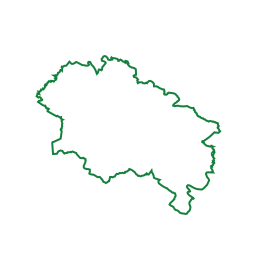 Guadalupe, Puebla, Mexico, rotated 297°
{"feature_id": "50627088B56399187703173", "entity_name": "Guadalupe", "entity_type": "district", "adm_level": 2, "iso_a3": "MEX", "parent_name": "Mexico", "parent_adm1": "Puebla", "projection": "natural_earth1", "projection_center": [-98.145, 18.05], "detail": "fine", "context": "isolated", "style": "outline", "palette": "green", "viewbox_px": 256, "rotation_deg": 297, "n_neighbors": 0, "source": "geoboundaries", "source_scale": "gbopen_adm2", "svg_char_len": 5814}
<svg xmlns="http://www.w3.org/2000/svg" viewBox="0 0 256 256"><g transform="rotate(297 128 128)"><path d="M172.5,206.5L173.1,205.6L172.7,204.7L172.8,204.2L172.6,203.9L172.9,203.3L172.5,202.5L172.5,201.0L172.1,200.8L171.6,198.0L170.3,196.8L170.5,195.7L170.1,194.5L170.6,192.6L170.2,191.4L170.7,190.6L170.4,190.2L170.2,187.9L170.7,187.1L170.3,186.1L170.6,185.5L170.3,184.9L170.7,184.1L172.1,182.7L172.0,182.3L172.7,181.2L172.7,180.4L174.1,179.3L174.0,178.7L174.5,178.6L175.0,177.7L175.6,177.2L174.7,175.9L174.3,172.9L174.5,170.9L172.5,167.8L171.0,164.4L170.5,162.2L168.7,159.8L168.4,158.1L168.8,157.9L171.0,158.4L173.1,159.7L174.6,160.0L175.3,160.7L176.9,160.6L178.0,159.1L178.3,157.9L178.8,157.5L179.6,155.2L179.8,153.9L179.6,152.9L178.0,148.3L177.3,148.1L177.1,147.6L176.7,147.7L175.4,147.4L174.9,146.6L174.4,145.3L174.9,144.6L175.6,144.7L176.5,144.0L177.0,144.0L177.1,143.7L178.2,143.1L178.7,142.4L178.1,141.5L177.9,137.3L178.2,136.5L178.2,135.8L177.9,134.2L176.9,132.2L179.3,130.9L180.1,128.8L180.1,126.6L179.6,125.6L179.1,125.2L177.3,124.7L176.9,124.2L176.7,124.3L176.7,123.9L176.3,123.9L176.0,123.1L175.4,122.8L174.7,120.9L175.1,120.1L174.1,117.7L173.6,117.1L172.4,116.5L172.8,115.8L173.6,115.7L174.6,114.6L175.7,115.0L176.7,112.6L176.2,110.1L177.2,109.3L178.4,110.1L179.1,111.0L183.9,108.3L184.0,107.4L184.2,107.1L184.0,105.1L183.5,103.6L183.7,102.5L183.6,101.7L184.1,99.9L184.7,99.4L184.7,98.9L185.8,97.2L186.6,97.4L186.6,98.0L187.1,97.4L186.7,95.3L184.9,95.7L185.2,94.5L184.9,92.9L185.4,92.0L185.5,90.1L183.9,89.6L183.4,88.8L184.6,87.9L184.6,87.0L184.1,84.3L183.2,82.4L183.4,81.2L182.9,81.2L182.3,81.6L182.1,82.9L181.8,83.0L180.2,80.6L180.0,79.1L181.1,78.0L181.8,75.8L181.6,74.7L180.5,73.6L178.8,73.5L177.7,73.1L176.1,74.2L176.5,76.4L176.4,78.0L175.7,78.6L174.7,78.5L170.7,77.5L168.2,78.3L167.6,78.2L167.3,78.0L167.5,77.3L166.9,75.5L163.4,76.1L162.1,75.7L165.2,72.3L167.1,69.1L167.8,66.8L169.6,64.4L169.2,63.1L168.5,62.7L167.6,63.1L166.6,64.5L165.7,64.2L164.9,63.3L163.3,58.5L163.4,53.1L163.3,52.0L163.0,51.6L161.9,51.2L160.2,49.9L159.6,48.7L159.8,47.6L160.5,45.7L155.8,44.8L155.2,44.3L154.5,43.0L153.2,42.4L152.8,41.2L152.3,41.2L152.2,41.9L149.1,43.2L149.4,42.2L149.0,41.5L147.0,41.7L146.1,41.4L145.5,40.6L143.5,41.0L142.7,40.6L142.3,39.6L141.7,39.3L141.1,38.2L141.0,39.1L140.5,39.9L140.7,41.3L139.7,41.5L139.1,40.9L138.9,41.9L138.6,42.0L136.6,40.9L135.8,40.9L135.6,40.5L135.8,40.1L135.3,38.4L134.9,37.7L134.6,36.9L134.7,38.5L134.1,38.4L133.7,36.2L132.6,36.2L131.7,36.0L131.7,35.7L129.7,35.8L129.5,34.7L128.4,34.5L128.1,34.6L128.1,35.3L127.6,35.0L127.1,35.5L124.2,35.2L124.4,34.3L123.7,34.3L123.2,34.0L122.8,33.1L121.7,33.5L121.3,33.0L119.9,32.8L119.7,31.7L117.9,33.6L117.6,31.7L116.1,32.2L114.8,32.2L114.4,34.3L115.3,34.8L115.5,36.2L114.8,37.1L114.4,38.6L114.0,38.8L113.1,38.2L111.8,36.4L110.4,36.0L109.8,40.5L109.7,43.3L110.3,44.0L109.7,45.1L109.1,45.3L108.7,45.9L108.5,46.7L108.9,46.9L109.1,47.9L109.1,48.8L106.9,48.5L106.4,48.7L106.0,59.1L106.8,59.5L106.5,62.4L107.3,63.4L105.9,63.9L105.8,66.0L105.3,65.5L104.4,65.5L102.0,67.6L100.5,67.8L99.6,68.7L98.1,68.8L97.4,69.2L97.0,68.7L95.8,68.8L95.1,70.4L87.9,72.8L82.0,68.2L81.3,67.3L80.2,67.3L70.8,73.0L72.7,76.3L75.7,76.6L77.3,78.1L77.8,79.9L76.4,82.4L76.4,83.0L77.1,83.3L78.0,85.0L79.0,85.2L79.7,86.8L80.5,87.5L80.6,88.4L81.8,89.1L82.2,93.2L81.3,94.3L79.6,99.0L80.8,102.1L81.1,102.0L81.0,104.3L80.0,104.6L79.7,105.1L77.8,105.6L74.0,105.8L73.3,106.2L72.6,106.8L72.3,107.6L72.7,109.9L73.3,111.1L73.6,112.9L71.8,113.8L69.8,114.3L69.9,116.2L70.8,118.7L70.4,123.4L71.4,124.6L71.4,125.9L70.7,127.0L70.7,127.6L69.2,130.2L68.9,130.4L69.1,132.5L68.9,133.2L70.3,134.3L71.8,134.8L72.1,135.3L76.3,134.3L77.0,135.9L77.1,136.8L78.0,137.3L78.6,138.2L80.6,138.4L82.1,138.8L82.5,140.1L84.2,141.1L84.7,142.5L85.6,143.4L85.9,144.6L86.5,145.5L87.7,145.3L88.5,146.7L89.1,147.1L90.1,147.4L90.9,148.0L92.0,147.8L92.3,149.3L92.2,151.4L91.6,154.4L90.5,156.2L90.5,157.3L89.9,158.7L90.5,159.5L90.5,160.8L90.9,161.5L91.8,162.0L91.9,162.4L93.3,164.0L94.0,164.1L94.7,165.2L95.3,164.9L96.1,165.2L95.6,166.5L95.9,167.5L100.8,168.3L99.3,169.4L98.6,170.8L97.1,172.5L95.4,173.7L95.4,175.1L96.2,179.8L94.8,179.2L93.9,179.5L92.7,180.6L91.9,185.4L91.8,189.8L92.0,190.0L91.1,193.2L91.1,195.0L90.6,196.2L90.7,197.1L91.1,197.9L90.8,198.8L91.1,199.7L89.2,201.3L87.4,201.2L86.0,201.3L85.7,201.6L79.8,199.7L78.6,199.8L78.3,201.5L78.4,203.9L76.6,207.1L76.6,208.1L77.0,209.2L76.8,210.9L76.1,212.3L76.3,214.8L77.2,216.7L77.5,218.2L78.2,219.2L78.8,219.4L80.3,219.5L81.5,220.2L83.5,220.3L86.0,219.5L88.1,217.2L89.5,216.5L93.8,217.0L94.2,217.4L94.6,218.4L95.0,218.5L95.4,217.6L95.8,213.2L96.8,210.9L97.5,210.4L98.0,210.4L98.6,210.7L99.3,211.9L99.7,212.1L100.4,211.3L101.9,207.6L102.3,207.2L103.5,207.0L104.3,207.4L104.8,209.2L104.5,213.8L104.9,217.1L106.3,220.8L106.9,221.9L108.5,222.8L113.4,224.3L118.2,224.0L119.4,222.7L120.2,220.7L122.4,218.4L123.5,218.2L124.1,218.4L124.7,219.2L127.0,224.0L127.4,223.0L127.7,223.3L128.2,223.1L129.4,221.5L129.8,220.5L130.6,220.1L131.3,220.5L131.7,219.3L132.0,219.4L132.2,220.1L132.8,220.2L133.4,219.4L133.2,220.4L133.6,220.6L134.8,220.3L136.0,220.8L136.3,220.5L135.9,219.3L136.8,219.6L136.9,218.8L137.1,218.6L137.7,219.3L138.1,219.3L138.4,218.8L139.4,218.4L140.0,218.7L140.7,217.0L141.8,216.6L141.9,216.0L141.7,215.4L142.6,214.8L143.0,216.0L145.6,216.1L146.1,215.7L146.0,215.1L145.4,214.5L147.3,214.8L147.8,214.2L148.0,212.7L148.7,212.0L149.7,211.7L150.1,212.2L150.0,210.2L149.1,210.1L148.5,209.3L148.4,207.7L148.1,207.0L147.9,205.8L148.6,203.1L149.6,202.0L149.6,201.4L149.1,201.2L149.0,200.7L149.2,200.4L150.1,200.3L150.6,201.3L156.9,204.6L163.5,207.0L163.5,208.0L164.0,208.6L164.4,210.1L164.8,210.8L166.9,211.6L167.5,210.1L168.7,208.7L168.9,207.7L169.5,207.6L170.7,208.1L170.9,208.0L171.4,206.7L172.5,206.5Z" fill="none" stroke="#15803d" stroke-width="2"/></g></svg>